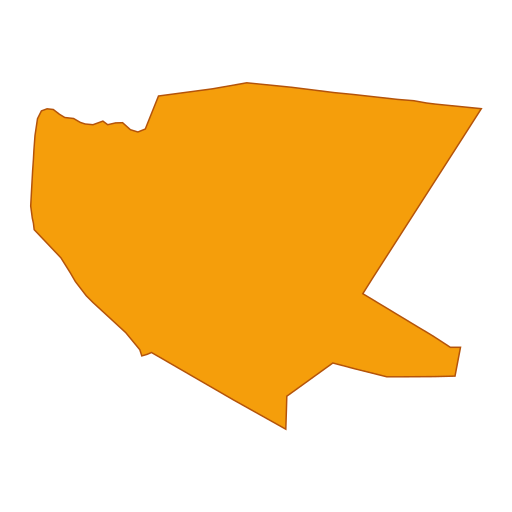 Geminiano, Piauí, Brazil (orthographic projection)
{"feature_id": "56859067B90683897163766", "entity_name": "Geminiano", "entity_type": "district", "adm_level": 2, "iso_a3": "BRA", "parent_name": "Brazil", "parent_adm1": "Piauí", "projection": "orthographic", "projection_center": [-41.357, -7.203], "detail": "fine", "context": "isolated", "style": "filled", "palette": "amber", "viewbox_px": 512, "rotation_deg": 0, "n_neighbors": 0, "source": "geoboundaries", "source_scale": "gbopen_adm2", "svg_char_len": 894}
<svg xmlns="http://www.w3.org/2000/svg" viewBox="0 0 512 512"><path d="M141.8,355.9L147.0,354.4L151.5,352.5L233.6,400.0L285.8,429.2L286.4,410.6L286.8,396.2L332.8,363.0L354.8,368.8L386.8,376.8L400.8,376.8L434.3,376.6L455.0,376.1L460.5,347.3L450.3,347.3L434.2,336.8L429.2,333.7L418.1,327.1L362.8,293.7L373.0,277.5L461.0,140.4L481.3,108.7L435.4,104.1L426.5,103.0L413.7,100.7L397.5,99.4L352.6,94.4L334.2,92.6L291.8,87.3L246.7,82.8L212.6,88.8L158.5,96.0L147.5,123.5L145.3,129.0L137.9,132.0L130.4,129.7L122.6,122.7L115.6,122.9L107.7,124.7L102.9,121.1L93.0,124.7L85.2,124.0L80.3,122.4L73.6,118.5L64.8,117.5L59.5,114.3L53.3,109.5L47.1,108.8L41.4,110.9L37.5,118.7L35.0,135.5L33.9,150.4L33.4,159.8L32.6,171.1L30.7,206.1L32.3,218.1L33.4,223.1L34.2,229.7L60.9,257.8L70.3,272.8L75.4,281.6L86.3,295.8L93.0,302.5L125.8,332.7L139.8,349.7L141.8,355.9Z" fill="#f59e0b" stroke="#b45309" stroke-width="1.5"/></svg>